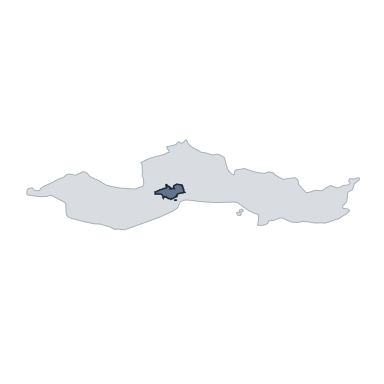 location of Salima, Salima, Malawi, rotated 100°
{"feature_id": "42251766B16377643813547", "entity_name": "Salima", "entity_type": "district", "adm_level": 2, "iso_a3": "MWI", "parent_name": "Malawi", "parent_adm1": "Salima", "projection": "equal_earth", "projection_center": [34.375, -13.765], "detail": "fine", "context": "in_parent", "style": "filled", "palette": "slate", "viewbox_px": 384, "rotation_deg": 100, "n_neighbors": 0, "source": "geoboundaries", "source_scale": "gbopen_adm2", "svg_char_len": 7070}
<svg xmlns="http://www.w3.org/2000/svg" viewBox="0 0 384 384"><g transform="rotate(100 192 192)"><path d="M158.3,224.2L156.7,221.2L155.3,222.0L153.4,224.1L152.3,224.7L151.8,224.6L151.5,224.1L151.0,222.7L149.5,218.8L147.9,216.0L146.1,214.9L144.7,213.6L145.3,212.4L146.0,211.5L145.7,210.6L144.9,209.2L141.8,207.3L141.7,206.5L144.5,204.8L146.2,202.8L147.4,200.8L148.9,196.6L150.1,192.4L151.0,191.1L151.3,188.3L151.1,185.2L151.7,181.2L151.9,177.4L151.0,175.9L150.2,173.4L151.2,169.0L152.6,166.0L159.5,162.9L164.4,160.1L165.4,158.9L167.0,156.5L168.0,154.1L167.3,153.4L163.5,153.4L162.6,152.5L159.8,144.2L161.3,134.7L161.4,131.0L161.4,126.4L160.9,123.1L159.7,121.6L158.9,119.8L159.1,114.9L160.3,114.3L162.7,107.8L163.7,103.9L162.4,100.8L161.0,96.4L160.4,93.6L160.0,92.7L161.0,91.0L162.6,89.3L164.5,88.9L166.4,88.1L172.5,79.9L172.6,78.3L171.5,75.6L169.2,71.5L168.7,69.8L168.4,64.9L167.5,63.4L164.1,60.0L161.5,56.5L162.3,53.0L162.8,49.1L161.5,47.0L159.6,44.7L158.4,41.5L157.9,39.1L156.4,38.1L155.0,38.1L154.0,39.6L152.9,39.5L151.6,39.0L151.2,36.9L151.1,34.6L150.2,33.1L149.3,31.0L149.2,29.8L149.7,29.5L150.9,29.3L155.8,33.6L158.8,33.8L162.1,34.6L165.0,38.3L166.4,38.8L168.3,38.3L173.7,37.9L175.8,38.5L178.6,40.7L179.7,41.0L181.4,41.0L181.7,40.5L181.9,39.1L181.6,36.5L182.0,35.1L183.0,33.6L186.0,35.4L193.3,43.6L193.5,44.6L198.2,52.8L199.7,56.2L199.7,58.0L201.1,65.1L201.4,68.5L201.1,71.0L201.2,73.0L201.7,75.9L201.5,77.2L203.2,81.4L204.0,85.0L204.2,88.5L203.7,91.9L202.2,96.8L202.0,98.8L202.3,100.6L203.2,102.6L204.8,104.7L206.0,107.3L206.8,110.3L207.5,111.7L208.4,111.6L209.9,112.1L211.2,113.9L212.6,116.8L213.1,120.2L213.3,121.7L209.2,121.6L203.9,122.1L202.6,123.4L202.2,126.4L200.6,132.5L199.7,134.7L197.7,138.8L195.0,144.5L194.4,146.4L194.5,148.3L196.1,156.2L197.8,164.4L198.4,167.6L199.6,178.5L200.2,186.2L200.3,190.7L200.9,196.8L202.4,200.0L203.9,202.1L209.8,203.3L211.6,204.8L215.0,208.7L222.2,219.3L226.2,226.1L229.7,232.1L236.0,243.2L240.9,251.8L241.5,259.9L242.3,261.1L240.6,267.1L239.5,276.8L240.3,283.2L239.9,294.1L239.0,305.8L237.9,309.9L236.4,311.5L233.0,312.7L225.6,314.2L224.4,315.6L223.5,317.8L221.9,323.2L220.1,328.6L219.6,330.9L219.9,331.4L221.5,334.2L223.1,341.2L223.4,353.3L222.8,354.2L220.6,354.7L218.2,354.5L217.3,353.9L216.4,352.5L215.7,349.9L217.3,348.1L217.9,345.0L216.9,342.3L214.9,341.7L212.3,339.2L206.9,331.2L202.4,325.5L199.7,320.8L197.0,319.0L196.3,317.8L195.6,315.8L195.6,313.0L195.9,310.8L195.0,308.5L192.3,304.8L191.0,302.8L191.0,300.4L192.1,298.0L194.5,295.2L196.2,289.4L196.9,285.6L200.1,278.1L200.6,271.5L200.7,266.3L200.5,262.4L199.6,254.3L199.0,248.8L195.0,241.5L193.7,240.8L189.8,241.5L186.5,242.5L184.8,244.0L182.3,244.1L175.8,245.4L173.8,245.9L172.6,247.2L171.9,247.5L167.8,241.9L164.2,235.8L159.7,225.5L158.3,224.2ZM205.8,144.1L204.7,144.5L204.0,143.7L204.2,141.5L204.5,139.8L205.6,139.6L206.4,140.0L206.9,140.8L206.9,142.0L206.6,143.2L205.8,144.1ZM203.3,140.0L202.7,142.3L201.4,142.2L200.2,140.3L200.6,138.7L201.8,138.2L202.8,138.8L203.3,140.0Z" fill="#d9dde1" stroke="#a8b0b8" stroke-width="1"/><path d="M200.5,228.0L200.4,227.6L200.3,227.1L200.2,226.7L200.1,226.3L200.0,226.0L199.9,225.6L199.9,225.4L200.0,225.2L200.0,224.9L199.9,224.7L199.9,224.4L199.8,224.1L199.6,223.6L199.6,223.2L199.5,222.8L199.4,222.3L199.5,222.1L199.6,221.9L199.7,221.6L199.8,221.3L200.1,221.0L200.3,220.8L200.5,220.7L200.7,220.3L200.8,220.3L200.9,220.2L201.1,220.1L201.2,219.9L201.2,219.7L201.3,219.5L201.3,219.4L201.4,219.2L201.4,218.8L201.4,218.7L201.6,218.1L201.8,217.7L201.7,217.2L201.6,216.9L201.5,216.7L201.4,216.8L201.5,216.9L201.5,217.0L201.4,217.0L201.5,217.1L201.4,217.0L201.4,216.8L201.5,216.7L201.5,216.4L201.6,216.2L201.8,215.8L202.4,214.6L202.5,214.5L202.7,214.2L202.4,213.9L202.3,213.7L202.2,213.5L202.2,213.3L202.3,212.9L202.5,212.5L202.7,212.1L202.8,211.9L203.0,211.5L202.9,211.4L202.7,211.3L202.7,211.2L202.4,211.1L202.3,210.8L202.2,210.7L201.9,210.6L201.9,209.8L201.9,209.7L201.6,209.5L201.5,209.3L201.4,209.3L201.2,209.1L200.9,208.9L200.7,208.6L200.5,208.3L200.4,208.1L200.3,207.9L200.2,207.7L200.1,207.4L200.1,207.5L200.0,207.4L199.9,207.3L199.7,206.8L199.5,206.7L199.3,206.6L199.5,206.7L199.5,206.9L199.4,207.0L199.5,207.1L199.4,207.2L199.3,207.3L199.2,207.1L199.3,207.1L199.4,206.9L199.2,206.7L199.0,206.4L199.1,206.2L198.8,206.0L198.4,205.9L198.4,206.1L198.2,206.2L198.2,206.3L197.9,206.5L197.7,206.6L197.4,206.6L197.1,206.5L196.9,206.5L197.0,206.5L197.0,206.4L196.9,206.3L196.8,206.2L196.7,206.1L196.6,205.8L196.5,205.7L196.4,205.6L196.3,205.4L196.0,205.1L195.9,204.8L195.9,204.6L195.8,204.4L195.7,204.2L195.3,203.8L195.3,203.6L195.0,202.7L194.8,202.5L194.7,202.4L194.8,202.1L194.8,201.8L194.7,201.5L194.6,201.0L194.5,200.7L194.4,200.6L194.0,200.3L193.8,199.9L193.7,199.6L193.5,199.3L193.5,199.1L193.4,199.2L193.1,199.7L192.9,200.0L192.8,200.3L192.7,200.4L192.4,200.4L192.0,200.4L191.7,200.4L191.5,200.5L191.4,200.4L191.1,200.5L190.8,200.7L190.8,200.8L190.7,201.0L190.4,201.2L190.2,201.2L190.0,201.3L189.8,201.3L189.7,201.3L189.6,201.5L189.5,201.8L189.4,201.8L189.2,201.8L189.0,202.0L188.9,202.2L188.7,202.2L188.5,202.3L188.3,202.1L188.2,202.1L188.1,202.3L187.9,202.4L187.8,202.5L187.6,202.7L187.4,202.7L187.4,202.8L187.3,202.7L187.1,202.8L186.9,203.0L186.9,203.9L186.9,205.7L187.0,206.6L187.1,207.2L186.9,207.7L186.8,208.1L186.9,208.3L189.0,211.0L189.3,211.1L189.5,211.1L189.8,211.1L190.0,211.1L190.3,210.9L190.6,210.9L190.7,210.7L190.8,210.7L191.1,210.5L191.2,210.4L191.4,210.4L191.7,210.2L191.8,210.1L191.9,209.9L192.0,210.0L191.9,210.4L191.9,210.6L191.9,210.8L191.9,211.1L191.9,211.6L191.9,212.2L192.0,212.5L191.9,213.0L192.1,213.0L192.4,213.1L192.6,213.1L192.6,213.5L192.6,213.8L192.7,214.0L192.6,214.4L192.4,214.4L192.2,214.5L192.0,214.4L191.9,214.5L191.7,214.4L191.5,214.5L191.2,214.5L191.0,214.8L190.9,214.8L190.6,215.0L190.6,215.3L190.6,215.5L190.6,215.8L190.8,216.0L190.7,216.4L190.7,216.6L190.4,216.6L190.2,216.9L190.1,217.0L189.8,217.3L189.7,217.3L189.1,218.4L189.1,218.5L189.4,218.6L189.5,218.8L189.6,219.0L189.8,218.9L190.1,218.6L190.2,218.4L190.3,218.2L190.6,218.1L190.8,218.2L191.0,217.9L191.1,218.0L191.2,217.9L191.3,218.0L191.4,217.9L191.5,217.7L191.5,217.8L191.6,217.7L191.9,217.8L192.0,217.8L192.4,218.1L192.9,218.6L193.0,218.7L193.2,218.9L193.2,219.0L193.0,219.4L193.0,219.5L193.4,220.2L193.5,220.4L193.6,220.7L193.6,220.8L193.8,221.1L194.3,221.6L194.6,222.1L194.8,222.5L195.1,223.2L195.3,223.3L195.4,223.6L195.4,224.0L195.5,224.2L195.7,224.3L195.9,224.5L196.2,224.8L196.5,225.3L196.9,226.1L197.2,226.3L197.4,226.4L197.5,226.6L197.5,226.9L197.6,227.0L197.8,227.2L197.9,227.5L198.1,227.6L198.3,227.8L198.5,228.2L198.5,228.4L199.0,228.2L199.5,228.2L199.9,228.1L200.0,228.1L200.3,228.1L200.5,228.0ZM203.1,207.6L203.2,207.4L203.2,207.2L203.1,206.7L203.0,206.4L202.9,206.1L202.7,206.0L202.6,206.3L202.7,206.9L203.0,207.6L203.1,207.6ZM202.7,219.0L202.6,219.3L202.7,219.5L202.8,219.6L202.9,219.4L203.0,219.3L202.9,219.3L202.8,219.2L202.7,219.1L202.7,219.0ZM202.5,219.0L202.5,218.9L202.4,218.8L202.3,218.7L202.2,218.8L202.3,219.0L202.5,219.1L202.5,219.0Z" fill="#64748b" stroke="#1e293b" stroke-width="1.5"/></g></svg>